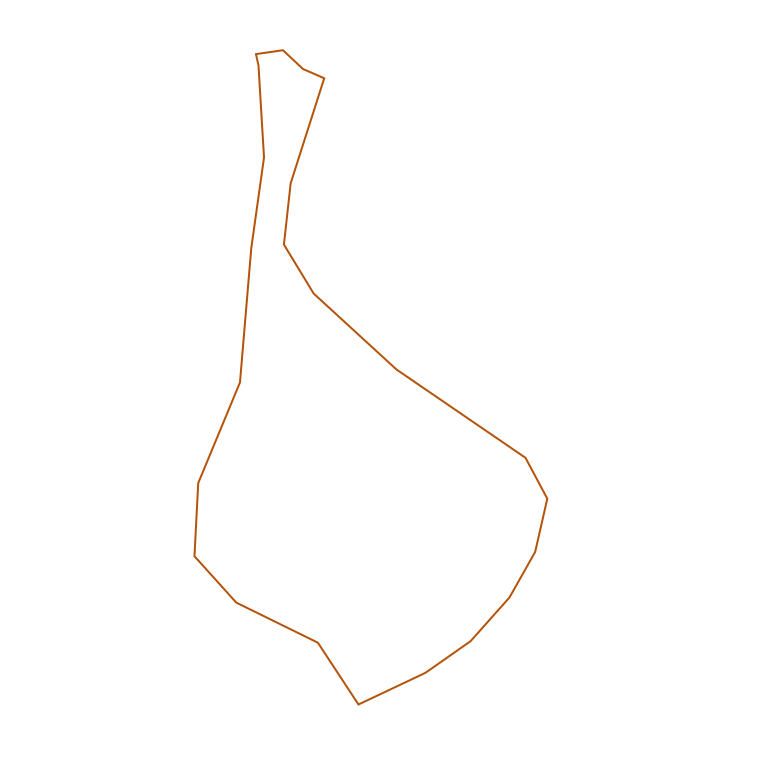 outline of Kapchorwa, rotated 186°
{"feature_id": "UGA-3112", "entity_name": "Kapchorwa", "entity_type": "District", "adm_level": 1, "iso_a3": "UGA", "parent_name": "Uganda", "parent_adm1": "", "projection": "equal_earth", "projection_center": [34.481, 1.268], "detail": "fine", "context": "isolated", "style": "outline", "palette": "amber", "viewbox_px": 768, "rotation_deg": 186, "n_neighbors": 0, "source": "natural_earth", "source_scale": "10m", "svg_char_len": 465}
<svg xmlns="http://www.w3.org/2000/svg" viewBox="0 0 768 768"><g transform="rotate(186 384 384)"><path d="M545.8,698.7L519.4,705.4L497.5,688.8L475.4,681.8L497.8,573.9L498.1,512.2L463.4,466.6L373.1,399.7L235.6,325.4L209.6,287.0L216.1,232.8L236.9,184.8L271.0,137.3L312.6,101.1L375.9,62.6L422.7,119.8L508.0,151.1L554.5,192.9L558.4,266.0L527.4,370.5L530.2,505.1L527.0,596.7L542.1,687.5L545.7,698.4L545.8,698.7Z" fill="none" stroke="#b45309" stroke-width="2"/></g></svg>